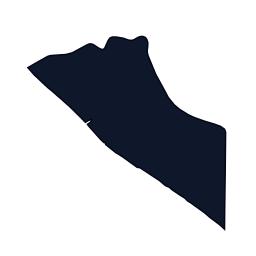 Zinjibar, Abyan, Yemen, rotated 95°
{"feature_id": "15242507B56433335269136", "entity_name": "Zinjibar", "entity_type": "district", "adm_level": 2, "iso_a3": "YEM", "parent_name": "Yemen", "parent_adm1": "Abyan", "projection": "natural_earth1", "projection_center": [45.421, 13.143], "detail": "fine", "context": "isolated", "style": "filled", "palette": "ink", "viewbox_px": 256, "rotation_deg": 95, "n_neighbors": 0, "source": "geoboundaries", "source_scale": "gbopen_adm2", "svg_char_len": 1664}
<svg xmlns="http://www.w3.org/2000/svg" viewBox="0 0 256 256"><g transform="rotate(95 128 128)"><path d="M220.4,23.0L210.6,23.8L207.8,24.0L205.4,24.2L201.7,24.5L199.0,24.7L159.9,27.6L123.7,30.4L120.8,31.7L118.3,36.0L116.5,42.8L114.6,52.1L111.7,63.2L109.5,69.2L104.8,78.5L100.8,84.1L94.2,90.5L85.1,96.4L72.1,105.1L54.3,114.3L51.4,115.3L49.3,115.6L44.9,115.5L41.2,115.7L38.1,117.0L36.4,118.5L35.6,120.6L35.6,122.8L36.3,124.9L37.5,126.9L39.4,129.5L40.4,131.8L40.4,135.1L39.0,140.4L38.4,147.3L38.7,151.6L40.1,154.0L42.9,155.5L47.8,157.2L50.1,158.0L51.5,158.9L52.0,160.2L51.9,161.6L51.2,163.6L49.6,166.7L47.9,169.8L47.6,171.2L47.4,172.4L47.7,174.1L49.1,176.6L58.0,190.1L60.2,196.3L61.1,202.1L62.6,211.5L63.7,214.3L63.9,214.6L67.4,219.8L70.7,224.5L71.1,225.2L73.4,228.4L76.6,233.0L83.2,226.1L84.2,224.9L85.2,223.5L90.8,216.5L91.0,216.1L91.6,215.4L91.9,215.1L95.7,210.1L95.8,209.6L96.5,208.8L98.6,205.8L98.8,205.5L101.7,201.6L102.9,200.0L103.3,199.5L105.8,195.8L106.2,195.5L107.0,194.4L111.3,188.6L115.7,183.1L116.6,182.2L116.9,181.6L118.2,180.2L120.6,177.2L121.0,176.9L121.7,175.7L122.3,175.3L123.8,173.5L126.1,170.9L124.4,168.8L122.9,165.8L122.7,165.0L122.9,164.9L123.9,165.0L124.8,165.4L126.1,166.5L126.7,167.3L127.8,168.7L128.9,167.9L130.1,166.7L138.0,158.3L142.0,154.0L144.5,150.9L144.7,149.9L144.6,149.4L145.1,149.2L145.7,149.1L146.1,148.7L146.5,148.7L146.9,148.0L149.1,144.8L153.7,137.9L154.4,136.2L157.4,130.5L166.4,115.4L166.5,112.7L177.6,92.1L182.1,85.7L183.5,81.6L185.8,78.5L187.9,74.7L190.4,70.2L192.8,65.4L195.4,62.3L197.0,59.1L200.7,52.9L205.0,45.6L207.0,42.6L209.8,38.8L216.2,28.5L220.4,23.0Z" fill="#0f172a" stroke="#020617" stroke-width="1.5"/></g></svg>